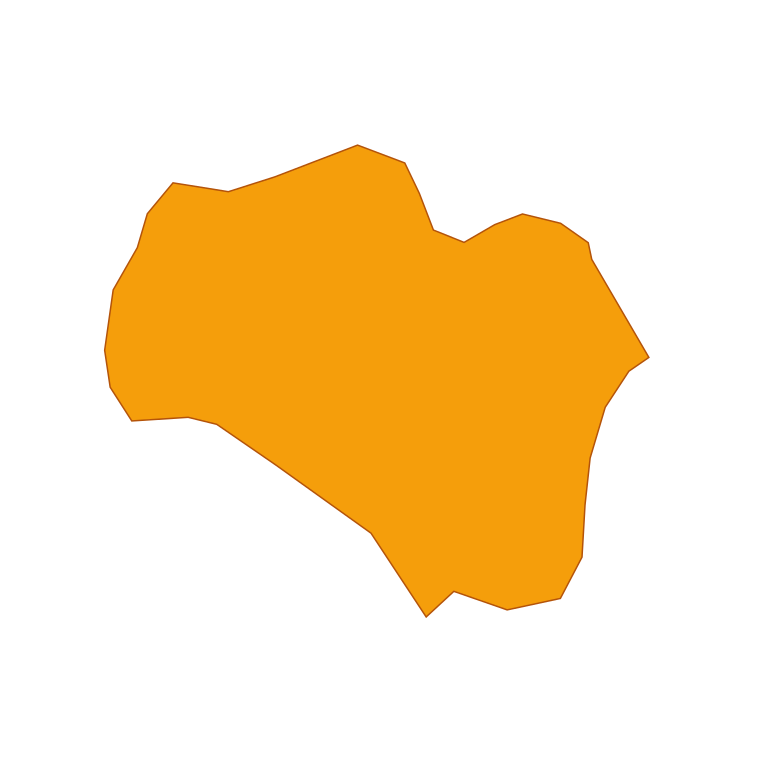 the district of Dongducheon-si, Gyeonggi, South Korea, rotated 159°
{"feature_id": "91817680B11345954741605", "entity_name": "Dongducheon-si", "entity_type": "district", "adm_level": 2, "iso_a3": "KOR", "parent_name": "South Korea", "parent_adm1": "Gyeonggi", "projection": "equal_earth", "projection_center": [127.075, 37.911], "detail": "fine", "context": "isolated", "style": "filled", "palette": "amber", "viewbox_px": 768, "rotation_deg": 159, "n_neighbors": 0, "source": "geoboundaries", "source_scale": "gbopen_adm2", "svg_char_len": 603}
<svg xmlns="http://www.w3.org/2000/svg" viewBox="0 0 768 768"><g transform="rotate(159 384 384)"><path d="M127.2,313.9L145.4,425.9L142.7,442.7L161.5,470.7L193.8,493.1L223.5,493.1L258.5,487.5L282.7,510.0L282.7,549.2L285.4,582.9L323.1,616.5L371.5,616.5L411.9,616.5L460.4,619.3L502.5,643.7L508.9,647.4L543.9,627.8L565.4,599.7L603.1,568.9L632.7,515.6L640.8,479.1L632.7,439.9L578.8,423.1L554.6,406.3L514.2,347.4L449.6,249.4L428.1,151.4L393.1,165.4L350.0,129.0L296.2,120.6L261.2,151.4L239.7,199.0L218.1,241.0L185.8,283.0L150.8,308.2L127.2,313.9Z" fill="#f59e0b" stroke="#b45309" stroke-width="1.5"/></g></svg>